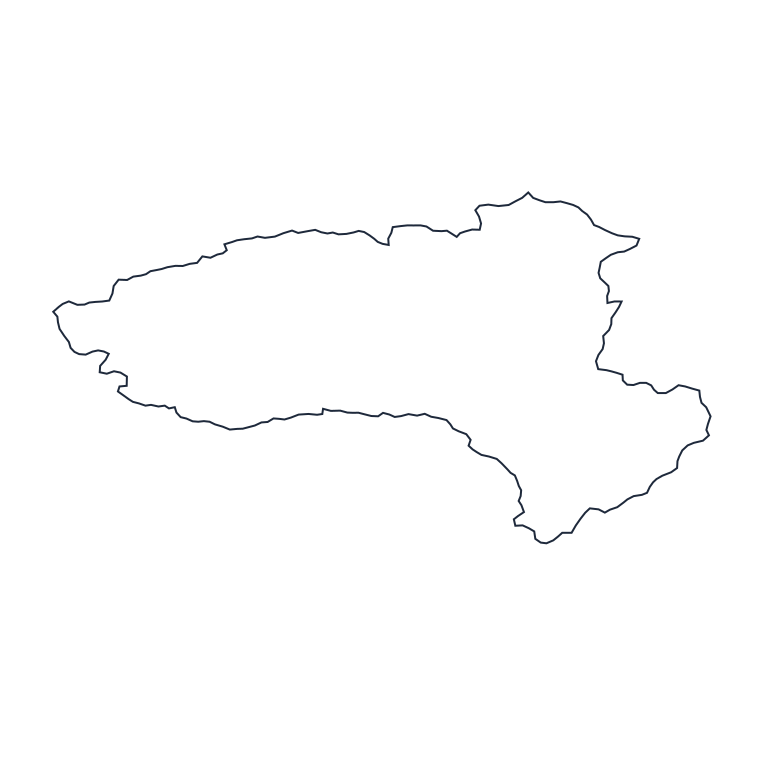 outline of São João Evangelista, Minas Gerais, Brazil, rotated 264°
{"feature_id": "56859067B41003336819861", "entity_name": "São João Evangelista", "entity_type": "district", "adm_level": 2, "iso_a3": "BRA", "parent_name": "Brazil", "parent_adm1": "Minas Gerais", "projection": "robinson", "projection_center": [-42.778, -18.496], "detail": "fine", "context": "isolated", "style": "outline", "palette": "slate", "viewbox_px": 768, "rotation_deg": 264, "n_neighbors": 0, "source": "geoboundaries", "source_scale": "gbopen_adm2", "svg_char_len": 3653}
<svg xmlns="http://www.w3.org/2000/svg" viewBox="0 0 768 768"><g transform="rotate(264 384 384)"><path d="M528.1,403.4L521.8,403.2L523.5,397.3L526.0,392.6L529.4,389.5L533.3,385.2L537.2,380.2L538.9,374.8L537.9,369.6L537.2,362.3L537.6,354.4L540.0,348.9L539.6,343.5L541.5,337.4L544.5,331.7L544.0,324.4L543.2,314.4L546.2,308.6L544.5,299.7L542.0,290.9L541.8,280.9L543.9,273.6L542.6,267.9L542.6,260.0L542.3,252.8L541.1,247.8L539.6,239.9L533.5,241.6L530.8,237.3L530.2,231.8L527.7,224.6L529.9,216.7L524.0,210.8L523.8,203.3L522.4,196.2L523.3,188.9L522.8,180.8L521.6,174.9L521.1,169.6L520.6,163.5L518.1,158.8L517.2,153.4L517.0,145.9L514.3,139.4L515.5,131.0L509.7,125.4L502.4,123.4L495.7,119.5L495.5,112.3L495.8,105.5L495.8,99.4L494.3,94.5L494.8,87.3L499.1,79.2L497.2,72.8L494.6,68.5L490.4,62.6L485.1,66.2L479.5,66.2L472.7,67.1L465.1,71.1L458.7,75.0L452.7,76.1L448.3,79.5L445.6,83.9L444.4,90.4L446.7,97.5L447.3,103.2L445.6,108.8L442.8,113.4L437.2,109.7L431.7,103.6L425.4,102.5L423.2,109.4L424.9,116.8L422.9,123.1L418.3,129.1L409.1,127.9L409.2,120.7L404.4,118.6L400.0,123.6L395.7,128.4L392.5,132.4L390.3,138.3L387.4,144.5L387.6,150.1L385.2,157.3L385.4,163.7L382.2,167.6L382.8,173.5L377.3,174.6L372.3,178.3L370.3,183.9L366.9,189.8L365.9,195.3L365.9,201.0L364.7,206.6L361.5,211.7L358.4,219.2L354.8,225.9L354.7,233.5L354.3,238.8L355.2,244.7L356.2,251.2L358.6,258.1L358.4,264.3L361.3,270.5L360.3,276.1L359.1,281.3L360.3,287.8L362.5,295.9L362.1,305.8L360.4,314.2L360.6,319.5L365.7,320.8L362.8,328.4L362.1,337.6L359.4,344.6L358.6,350.0L358.1,355.6L356.0,361.2L353.5,368.0L352.5,374.8L355.4,380.0L353.1,386.1L350.1,391.2L350.3,397.6L351.5,405.2L349.1,413.6L350.1,421.4L346.5,427.5L344.5,434.5L341.6,442.4L336.9,445.8L332.6,447.9L329.2,453.3L325.5,460.6L319.4,464.3L313.8,461.7L309.7,465.3L306.5,469.2L303.3,473.5L300.9,480.8L297.7,488.3L292.9,492.6L286.5,497.6L282.4,500.6L279.4,504.6L273.6,506.3L268.5,507.4L264.0,509.3L258.3,508.2L253.6,505.7L249.1,508.0L242.0,509.8L238.8,503.7L235.9,499.0L229.3,499.8L228.9,507.1L225.4,513.0L221.7,518.0L214.2,518.3L209.9,523.3L208.6,528.9L210.8,536.0L214.0,541.0L217.4,545.7L216.4,555.0L223.3,560.0L229.5,565.4L234.9,570.6L238.8,575.7L236.9,584.3L233.0,590.2L235.4,595.6L237.1,603.1L241.0,609.7L243.8,614.0L246.4,620.6L246.8,628.9L248.3,634.2L253.9,637.6L258.1,641.3L261.0,645.1L263.7,651.2L266.2,660.3L269.8,666.7L276.6,667.8L281.0,670.0L286.8,673.7L291.2,679.6L293.1,686.0L294.3,695.3L299.0,701.8L304.6,699.8L310.4,702.0L317.7,705.4L327.2,702.0L332.1,697.8L338.2,696.9L344.5,696.9L347.2,690.0L350.1,683.2L352.0,676.8L348.4,670.3L345.5,663.3L346.4,655.3L350.1,651.9L354.7,649.6L357.7,644.9L358.4,638.7L356.9,632.0L357.9,625.8L362.6,621.9L368.3,622.2L370.8,616.5L372.8,611.5L374.5,606.7L376.4,598.6L384.5,597.2L390.5,600.3L395.9,605.1L401.5,607.0L408.8,607.0L414.2,613.5L419.8,616.3L425.7,617.1L431.2,621.9L436.1,625.8L441.2,628.9L442.0,621.9L441.2,614.7L448.2,615.1L452.9,617.4L458.0,617.4L462.6,613.5L466.5,610.1L472.1,609.0L477.0,610.6L482.9,612.4L486.0,617.9L488.8,623.1L490.6,630.3L490.6,636.7L492.5,642.4L495.3,649.6L501.7,653.0L504.5,646.3L505.7,638.7L507.4,632.0L510.1,626.5L514.0,619.9L517.7,614.3L520.1,609.5L525.9,607.0L531.3,603.7L535.2,599.3L539.3,595.8L542.3,590.8L544.7,584.9L547.1,578.6L547.1,571.5L547.9,563.6L550.5,557.8L553.5,551.8L559.4,547.5L554.7,540.9L552.0,533.9L549.0,526.7L549.0,516.4L551.5,506.5L551.3,497.6L547.3,493.0L540.6,496.0L533.5,497.3L527.4,495.3L528.4,487.8L527.2,480.5L526.0,475.4L522.7,471.7L526.6,466.8L529.9,462.6L530.0,457.2L531.3,448.8L536.2,442.7L537.9,437.0L538.6,430.0L539.3,423.6L539.3,417.2L539.1,409.1L533.6,407.1L528.1,403.4Z" fill="none" stroke="#1e293b" stroke-width="2"/></g></svg>